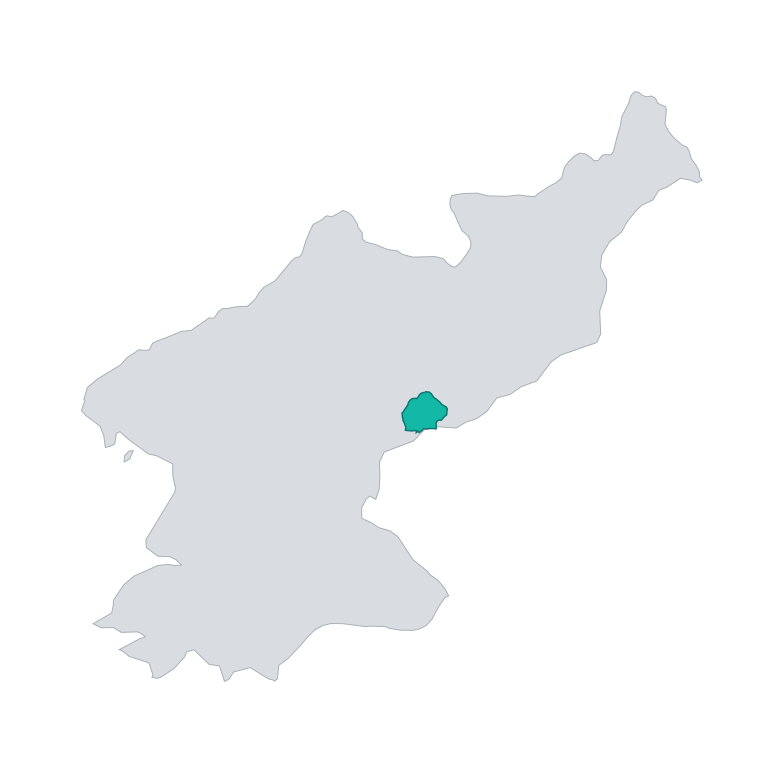 Hongwon, Hamgyŏng-namdo, North Korea shown in context, rotated 5°
{"feature_id": "82179303B34267251323335", "entity_name": "Hongwon", "entity_type": "district", "adm_level": 2, "iso_a3": "PRK", "parent_name": "North Korea", "parent_adm1": "Hamgyŏng-namdo", "projection": "natural_earth1", "projection_center": [127.938, 40.143], "detail": "fine", "context": "in_parent", "style": "filled", "palette": "teal", "viewbox_px": 768, "rotation_deg": 5, "n_neighbors": 0, "source": "geoboundaries", "source_scale": "gbopen_adm2", "svg_char_len": 4150}
<svg xmlns="http://www.w3.org/2000/svg" viewBox="0 0 768 768"><g transform="rotate(5 384 384)"><path d="M466.9,589.4L463.5,591.2L457.8,601.2L452.4,613.9L447.2,620.8L441.3,624.6L434.9,626.8L422.1,627.8L410.6,626.9L406.9,625.6L391.0,626.4L386.5,627.3L363.8,626.3L351.9,627.3L344.3,629.8L336.6,634.9L329.9,642.7L324.1,651.0L312.1,666.1L303.7,673.4L303.6,684.1L303.4,687.3L300.5,689.6L299.5,688.6L294.6,687.8L275.3,678.1L259.3,684.0L255.2,691.7L251.0,694.2L244.7,679.1L234.3,678.6L217.9,665.3L210.8,668.0L209.0,673.4L199.8,685.6L187.1,695.7L183.0,697.0L178.4,696.4L179.1,693.6L174.0,682.2L154.0,677.6L146.9,672.8L143.3,671.7L162.9,659.1L168.1,656.8L164.3,653.9L160.1,652.4L144.0,654.3L135.7,650.2L123.5,651.5L115.1,648.2L132.7,635.8L133.6,628.5L133.4,622.9L142.5,606.4L151.5,597.3L174.7,584.4L184.8,582.6L192.1,583.1L198.1,581.9L191.8,577.0L185.7,574.7L173.8,575.2L161.5,567.7L160.4,559.9L184.9,510.3L185.3,505.8L181.6,493.7L180.5,482.0L163.4,475.2L155.8,474.4L133.9,461.2L125.2,454.5L121.7,456.5L121.0,467.1L117.8,469.4L112.0,471.5L109.2,459.4L104.6,450.6L90.1,441.7L84.9,436.8L87.6,426.2L86.4,425.3L88.8,413.4L97.9,404.2L120.0,387.9L125.7,380.2L136.9,371.2L141.9,371.4L147.1,370.6L148.7,366.7L149.9,363.6L154.4,360.8L165.1,355.8L177.3,349.3L187.0,347.5L199.0,337.7L203.9,333.4L208.7,333.4L210.0,331.4L212.8,326.3L216.6,323.0L221.9,322.3L230.5,319.9L241.3,318.5L248.7,310.2L251.2,304.4L256.1,297.9L266.4,290.8L273.6,280.4L281.5,269.1L285.2,265.5L288.9,264.8L291.1,260.5L293.6,248.5L297.3,236.8L299.5,231.3L308.5,225.3L310.8,222.3L312.9,221.4L317.1,222.1L322.7,218.6L328.0,214.7L332.8,216.1L337.7,219.3L342.8,225.8L345.0,230.9L349.1,235.2L349.8,241.5L353.9,244.3L362.4,245.6L376.5,249.9L385.6,250.1L390.8,253.3L401.7,255.1L423.4,252.6L432.3,254.0L436.0,257.9L441.5,261.1L445.1,261.2L449.9,255.9L455.1,247.2L458.4,240.5L458.3,235.2L455.3,229.6L448.2,224.3L443.5,216.1L439.0,207.7L436.3,204.9L434.2,200.8L433.8,194.5L435.3,190.3L446.1,187.4L460.0,185.8L471.2,187.5L489.9,186.4L501.4,184.0L509.9,184.3L517.8,184.3L521.2,180.7L532.2,172.0L537.4,168.9L543.2,163.0L544.1,156.8L545.2,151.9L548.5,146.5L554.2,139.9L559.0,136.9L564.5,137.3L570.2,140.3L573.9,143.4L578.0,142.5L581.4,137.3L583.6,136.3L590.2,135.9L592.2,132.7L594.6,117.5L597.0,105.5L597.5,97.1L603.2,83.2L605.0,74.9L608.5,71.0L612.5,71.2L615.8,73.7L620.1,75.1L625.7,73.8L629.7,75.9L632.2,80.4L640.5,83.5L641.4,85.8L641.3,100.8L645.9,107.9L652.1,114.3L660.5,120.1L665.0,121.4L667.8,125.6L670.4,132.7L676.4,139.7L679.6,144.8L680.3,150.1L683.1,153.1L678.3,156.3L672.0,154.3L661.5,153.2L648.2,163.5L640.8,167.2L635.7,177.4L625.2,183.4L619.6,189.9L612.2,201.0L607.4,211.8L596.2,222.8L589.7,236.7L589.4,248.6L596.7,260.8L597.4,271.2L592.5,292.5L595.5,315.2L592.4,324.1L557.8,339.6L548.7,347.3L536.0,367.5L520.5,375.0L510.9,383.2L497.5,388.1L488.9,402.3L479.5,410.3L468.3,415.2L460.0,421.5L441.2,421.9L427.9,426.3L418.5,438.1L390.2,451.7L386.3,461.9L388.1,477.7L388.3,489.8L385.8,499.7L379.6,496.9L376.2,500.2L372.5,509.4L373.6,519.9L383.3,523.2L391.3,527.5L402.5,529.7L410.8,534.6L428.4,556.7L442.9,566.4L446.6,570.0L454.9,574.9L462.5,582.5L466.9,589.4ZM137.2,480.8L131.9,484.3L131.7,478.2L135.8,473.0L140.1,472.3L137.2,480.8Z" fill="#d9dde1" stroke="#a8b0b8" stroke-width="1"/><path d="M409.3,428.2L410.9,428.3L411.8,428.3L413.3,428.3L415.8,428.3L418.9,427.7L420.5,427.7L420.4,429.3L420.4,429.5L421.5,428.3L421.8,428.0L422.2,428.4L422.4,428.9L422.7,429.1L423.2,429.2L425.5,427.5L426.7,425.8L427.2,425.1L430.2,425.0L433.7,424.3L435.8,424.2L436.9,424.0L439.7,424.2L439.8,421.6L439.2,418.6L440.2,416.3L441.8,415.0L443.7,415.3L444.9,414.3L446.5,412.0L448.1,410.1L449.0,409.4L449.1,406.4L449.2,403.1L448.0,401.5L444.9,400.1L443.1,399.1L441.9,397.8L440.7,396.8L438.8,395.5L437.9,394.8L436.7,394.1L434.9,393.1L433.7,391.8L431.9,389.5L429.7,388.1L426.3,388.1L425.4,388.8L424.1,389.1L422.3,389.7L420.4,391.4L419.1,394.0L417.8,395.7L416.3,395.6L413.5,396.0L411.6,397.6L410.3,399.6L409.3,403.2L407.3,406.8L405.7,409.8L404.5,411.4L405.0,414.0L405.4,416.2L405.9,416.4L406.1,418.7L407.0,420.0L407.9,421.7L408.8,423.6L409.7,425.6L409.3,427.3L409.3,428.2Z" fill="#14b8a6" stroke="#0f766e" stroke-width="1.5"/></g></svg>